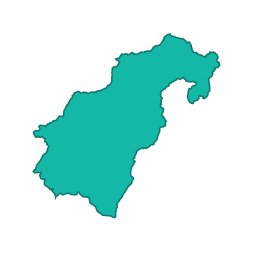 Mariscal Nieto, Moquegua, Peru (Mercator projection), rotated 351°
{"feature_id": "86281439B75994563843922", "entity_name": "Mariscal Nieto", "entity_type": "district", "adm_level": 2, "iso_a3": "PER", "parent_name": "Peru", "parent_adm1": "Moquegua", "projection": "mercator", "projection_center": [-70.73, -17.055], "detail": "fine", "context": "isolated", "style": "filled", "palette": "teal", "viewbox_px": 256, "rotation_deg": 351, "n_neighbors": 0, "source": "geoboundaries", "source_scale": "gbopen_adm2", "svg_char_len": 5775}
<svg xmlns="http://www.w3.org/2000/svg" viewBox="0 0 256 256"><g transform="rotate(351 128 128)"><path d="M207.4,110.9L209.4,110.3L211.4,108.7L212.0,107.9L212.6,105.7L213.1,104.9L214.7,104.0L214.6,102.4L215.1,101.1L214.9,99.9L215.2,99.3L215.2,92.3L215.9,92.0L216.4,91.0L218.1,90.5L219.7,89.0L220.3,87.1L219.8,86.4L220.7,85.5L221.8,85.3L222.2,84.5L223.3,83.9L222.8,82.5L224.1,82.1L226.3,82.3L227.7,80.8L228.4,80.6L228.2,77.7L227.1,76.6L226.4,76.3L226.1,74.6L228.0,72.7L227.6,70.0L227.1,69.1L226.3,68.6L225.9,67.6L225.0,67.2L224.4,66.3L223.4,66.8L220.8,65.8L220.0,67.4L218.1,67.4L216.3,68.7L216.1,69.4L215.6,69.8L214.5,69.5L213.2,68.7L211.8,67.4L210.9,67.2L208.6,65.9L207.9,64.7L207.1,64.0L205.8,64.1L204.7,63.7L204.3,63.0L204.3,61.9L203.3,60.9L203.7,59.5L203.2,57.7L203.4,56.2L202.7,55.5L202.6,53.6L202.1,52.7L199.9,53.0L197.2,49.2L196.4,48.8L196.0,48.2L193.9,47.9L189.6,46.1L187.9,44.9L185.9,44.2L184.2,42.7L184.3,41.7L181.9,41.8L179.6,43.1L179.0,43.8L177.8,44.0L177.2,46.4L176.2,46.8L175.9,47.9L175.0,48.3L173.9,49.7L172.7,50.7L171.6,51.1L170.9,51.0L169.5,51.7L167.9,51.0L166.9,52.1L165.9,52.0L163.4,54.9L162.4,55.4L159.4,55.3L158.9,54.8L158.4,55.2L156.5,55.2L155.5,56.0L153.1,55.0L151.1,55.7L150.3,56.3L149.6,56.5L149.1,56.3L147.7,56.8L146.8,56.0L145.5,56.0L144.9,54.8L144.0,54.2L143.0,54.3L142.0,54.7L141.3,55.4L139.7,55.7L139.0,55.5L138.9,54.9L138.5,54.9L138.3,54.6L137.7,54.7L136.8,54.3L135.6,54.6L133.5,54.3L133.2,54.0L132.7,54.7L131.9,55.3L130.6,57.3L126.7,57.8L126.7,58.3L127.3,58.6L127.8,59.4L128.9,59.9L130.1,61.6L129.6,61.8L127.7,64.6L126.5,65.5L124.8,65.9L123.9,65.1L123.2,65.4L122.1,66.6L121.7,66.7L121.6,68.3L120.7,70.8L120.7,73.3L120.2,74.5L119.6,77.1L119.5,79.1L118.6,80.5L118.2,81.6L116.2,82.6L114.4,82.9L113.0,85.2L111.8,85.1L109.5,85.8L108.5,86.6L107.7,86.4L106.3,86.5L105.7,87.1L103.6,86.5L102.5,87.5L101.4,87.4L100.9,87.1L99.9,87.6L98.4,86.9L97.0,87.0L96.4,86.8L95.0,87.6L93.6,87.5L92.7,86.5L92.0,86.5L89.7,85.6L87.8,86.3L86.8,86.1L85.5,84.5L84.1,84.0L82.5,84.6L80.4,84.8L80.0,86.1L79.4,87.0L78.1,87.1L77.9,87.7L78.0,88.5L77.4,89.7L76.5,89.9L74.8,91.8L74.6,92.4L73.2,93.4L73.1,94.2L72.6,95.2L71.4,95.6L70.9,96.7L70.0,97.2L69.7,98.4L69.2,98.7L68.4,99.9L67.4,100.9L67.3,102.1L66.8,103.2L67.1,103.6L66.0,105.9L65.3,106.3L64.5,106.3L62.9,105.6L61.8,105.6L60.6,106.9L60.4,107.6L58.8,108.4L58.5,109.0L56.8,109.4L55.5,109.1L53.5,110.7L52.5,110.9L51.6,110.6L50.6,111.4L49.2,111.5L48.7,112.2L48.1,112.3L46.7,113.7L45.4,112.6L44.6,112.3L43.7,112.4L42.6,111.6L41.5,111.7L40.4,112.4L40.3,113.3L40.9,114.4L41.0,114.9L39.5,116.6L38.2,116.7L36.4,116.0L34.3,117.2L33.9,117.7L34.0,118.9L34.2,119.5L34.8,120.2L35.3,122.8L37.2,122.6L37.4,122.1L38.1,121.8L38.3,122.7L39.2,123.3L40.0,123.5L41.7,123.0L42.9,124.6L44.6,125.8L44.6,126.2L43.6,128.0L43.8,128.6L45.0,129.3L45.3,130.3L45.1,131.3L45.8,131.6L46.0,132.7L46.9,133.4L46.8,133.9L46.2,135.1L45.5,135.6L44.9,136.6L45.3,137.1L45.1,137.7L44.1,138.5L43.7,139.4L42.6,140.1L40.1,141.2L39.5,141.8L37.4,145.1L36.0,146.8L32.1,150.3L30.3,153.9L28.2,155.3L27.6,156.4L29.0,157.8L33.0,158.0L35.3,158.3L34.6,159.5L33.4,160.6L33.9,164.1L35.1,165.1L36.6,165.4L37.6,165.2L38.0,165.5L38.0,166.1L37.4,166.8L36.9,168.0L36.6,170.9L38.2,172.8L40.5,174.5L41.0,176.3L41.4,176.6L43.1,175.9L44.4,176.8L44.3,177.1L43.2,177.2L42.9,177.7L45.0,180.9L45.7,183.4L45.6,185.2L46.0,184.6L47.2,184.2L50.5,181.9L51.2,182.1L53.1,183.9L56.8,183.1L58.9,183.0L61.4,184.8L63.1,185.0L64.8,185.7L67.0,185.7L68.2,183.5L68.8,183.3L69.3,183.8L70.4,186.1L71.5,187.1L73.1,189.1L74.9,189.1L76.4,190.0L77.8,190.1L78.6,190.7L78.8,196.3L81.7,198.5L83.6,200.6L84.5,205.0L85.7,206.8L86.6,207.2L89.6,210.3L96.3,211.9L98.0,212.6L98.6,213.5L100.2,214.3L101.7,214.0L102.1,213.2L102.2,210.4L103.2,208.7L103.3,207.5L103.7,206.1L105.0,204.4L105.0,203.3L105.4,202.5L105.2,201.4L105.5,200.6L107.4,199.4L107.8,198.3L108.8,197.6L108.9,197.1L110.6,196.1L111.6,194.9L111.8,194.3L113.5,191.9L115.3,190.5L116.3,188.8L117.5,187.9L118.0,186.9L118.6,186.6L119.4,185.3L120.8,184.9L121.7,183.9L122.9,183.4L123.4,181.2L125.4,179.2L125.6,178.1L124.6,177.4L124.4,176.6L123.8,176.2L123.3,175.1L123.4,173.7L124.0,170.9L125.8,166.8L128.0,164.6L128.3,163.7L129.8,162.1L129.7,161.9L128.7,161.4L128.3,159.6L128.6,159.1L129.9,158.6L130.4,156.8L131.5,154.8L132.2,154.6L132.8,152.9L132.7,152.4L134.5,151.7L135.2,150.9L135.9,150.9L137.3,150.2L139.8,150.4L140.3,150.9L142.0,150.1L143.0,151.0L143.7,150.5L144.5,150.4L147.0,149.1L148.2,148.0L150.7,148.5L151.4,146.8L153.3,145.0L154.5,144.3L155.4,142.8L156.0,140.6L157.3,138.9L158.0,137.2L159.0,135.8L159.0,134.5L159.5,132.9L161.1,132.1L162.7,132.5L163.6,131.7L164.8,131.9L165.4,131.5L165.8,128.9L166.8,127.1L166.1,126.4L165.4,123.9L164.8,123.3L164.8,122.4L163.6,121.6L163.4,120.4L163.8,119.4L165.2,117.5L166.2,114.6L166.0,114.1L164.5,113.2L163.2,111.7L163.8,110.3L164.5,110.1L164.8,109.6L164.4,108.7L164.0,108.6L165.0,107.2L165.0,105.3L166.4,104.2L166.3,103.5L165.3,102.5L165.6,101.5L165.1,99.7L166.1,98.7L166.6,96.6L167.7,96.5L169.3,95.3L171.0,95.1L172.1,93.6L174.3,93.1L175.1,92.4L175.5,91.0L176.1,90.5L176.5,90.6L177.7,90.3L177.9,89.6L178.3,89.4L178.8,89.2L179.9,89.5L181.3,88.6L182.8,88.3L183.6,87.7L183.6,87.2L184.5,86.9L185.0,86.9L185.8,87.5L187.2,88.1L190.3,86.5L190.7,86.5L191.1,86.8L190.8,87.8L191.5,88.6L192.5,89.0L192.6,90.5L193.4,91.1L196.8,92.2L198.2,92.3L199.4,92.0L200.8,93.4L201.8,93.1L202.6,93.4L202.2,95.8L200.8,96.4L200.3,96.8L199.3,96.4L198.4,96.7L197.1,97.7L196.8,98.9L196.1,99.1L194.8,98.7L193.9,99.5L193.0,101.9L192.7,103.7L191.7,105.8L191.9,107.0L191.7,108.3L192.5,109.6L192.4,111.1L193.1,112.4L194.5,113.5L195.8,113.9L196.5,113.8L196.7,112.8L197.5,112.0L198.4,111.6L200.5,111.5L202.6,109.9L203.1,107.6L203.6,107.1L204.2,107.7L207.2,108.5L207.3,109.1L206.6,110.1L207.4,110.9Z" fill="#14b8a6" stroke="#0f766e" stroke-width="1.5"/></g></svg>